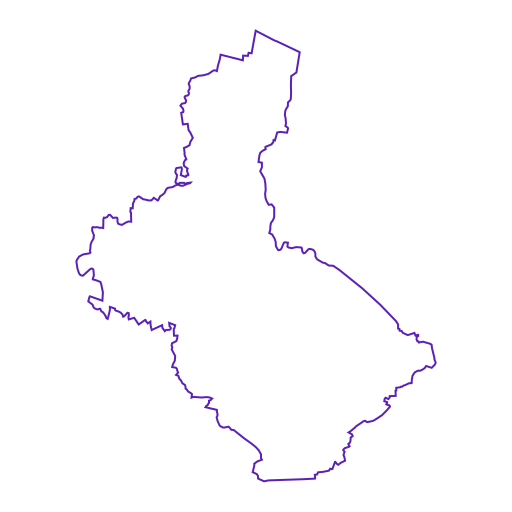 outline of Don Tum, Nakhon Pathom, Thailand
{"feature_id": "78962969B74953703233818", "entity_name": "Don Tum", "entity_type": "district", "adm_level": 2, "iso_a3": "THA", "parent_name": "Thailand", "parent_adm1": "Nakhon Pathom", "projection": "robinson", "projection_center": [100.086, 13.961], "detail": "fine", "context": "isolated", "style": "outline", "palette": "violet", "viewbox_px": 512, "rotation_deg": 0, "n_neighbors": 0, "source": "geoboundaries", "source_scale": "gbopen_adm2", "svg_char_len": 6044}
<svg xmlns="http://www.w3.org/2000/svg" viewBox="0 0 512 512"><path d="M191.1,78.4L190.2,80.8L188.8,83.2L188.8,84.4L189.5,85.7L189.7,87.1L189.6,88.9L188.4,90.7L188.4,91.8L189.0,92.9L188.7,94.5L187.9,95.4L185.4,96.0L184.6,97.0L184.7,97.8L186.1,100.4L185.9,101.9L185.0,103.1L181.9,103.7L180.4,105.7L183.0,108.7L183.5,110.7L183.2,112.1L181.2,112.8L182.9,124.4L187.7,123.8L188.6,130.2L190.3,132.5L192.8,137.8L190.3,142.0L189.5,145.2L186.5,147.0L184.0,147.9L184.6,153.0L184.5,154.6L186.3,159.4L185.0,160.2L183.9,162.4L183.7,163.4L184.1,166.0L187.6,168.6L187.1,169.7L187.0,170.9L188.4,175.0L188.1,175.4L186.3,175.5L185.9,176.8L185.6,176.9L180.8,175.1L181.9,169.3L181.6,167.6L181.3,167.3L176.4,168.1L175.9,169.1L175.3,172.2L176.2,174.1L177.0,174.8L176.6,178.4L176.0,179.6L175.4,182.1L175.7,182.8L176.9,183.5L178.1,183.7L179.3,183.7L179.9,182.8L184.2,182.9L185.0,183.8L187.3,183.0L190.6,182.6L190.1,183.2L187.5,183.8L182.9,185.8L180.3,185.6L178.5,184.8L176.9,184.9L175.1,185.6L172.6,187.1L167.9,187.8L166.3,189.2L164.5,193.0L162.5,194.8L160.1,196.3L158.1,200.3L157.7,200.5L153.8,197.8L151.4,200.4L148.0,200.4L147.3,200.0L143.0,199.2L139.3,196.5L138.4,196.5L137.5,196.9L136.3,198.5L134.5,199.0L134.4,200.6L133.0,203.5L132.7,208.3L130.7,208.1L130.3,211.8L131.0,212.7L131.2,221.7L128.4,221.5L126.4,222.3L121.8,224.9L118.7,224.0L118.1,223.6L117.5,221.7L117.5,219.1L117.1,217.8L116.1,217.6L112.9,217.9L110.2,214.9L109.1,214.8L108.5,215.1L107.3,216.9L106.7,217.2L105.0,217.9L104.0,217.6L103.5,218.6L103.4,219.6L103.2,228.0L101.6,227.7L99.6,227.8L97.2,227.1L95.5,227.4L92.8,227.1L92.2,227.8L92.1,230.4L94.0,235.5L93.5,237.1L93.7,238.3L91.7,241.6L90.6,244.6L90.3,249.1L89.9,250.4L90.4,252.5L89.7,253.3L84.1,254.2L82.3,254.8L79.1,256.6L76.7,260.2L76.4,261.8L77.5,268.8L78.9,273.0L80.0,274.7L81.2,275.4L82.9,275.7L90.1,269.2L91.4,268.6L92.3,268.6L92.8,268.9L93.4,269.9L93.9,275.4L92.7,279.1L93.2,279.6L95.1,279.9L100.4,281.9L101.2,284.1L102.9,292.3L102.4,300.7L89.9,296.3L89.3,297.4L88.3,301.4L92.5,304.6L93.7,307.5L94.7,308.4L96.9,309.3L98.4,309.3L99.2,308.8L100.2,308.8L101.4,311.5L102.7,312.0L104.2,313.8L105.9,316.6L106.3,318.0L106.9,318.5L107.7,318.9L109.0,313.9L109.9,309.9L109.9,306.9L115.0,308.6L115.1,310.0L116.0,310.7L119.3,311.8L120.9,312.9L122.4,314.4L123.2,316.7L124.4,316.1L127.4,312.8L128.7,313.1L128.9,315.4L128.4,317.0L128.8,319.4L134.2,317.8L138.7,324.5L145.2,319.9L145.5,320.0L146.5,322.1L147.3,322.6L147.7,323.4L150.4,321.6L150.6,325.3L151.7,330.0L162.1,325.2L162.4,327.8L164.8,331.2L166.0,330.0L169.5,329.8L170.3,329.3L170.8,328.5L170.7,327.6L169.5,326.1L169.2,322.9L175.2,325.2L174.3,328.4L173.7,329.0L174.0,335.7L177.5,335.6L177.2,338.5L176.3,341.1L172.0,343.3L171.6,345.6L172.3,347.4L171.7,349.4L175.2,356.0L174.8,360.7L172.8,364.6L172.2,367.1L175.9,367.7L176.9,368.8L177.4,371.1L178.1,372.5L176.1,374.9L178.4,375.8L179.3,378.7L181.0,380.5L182.4,383.3L185.0,385.0L185.4,386.2L185.6,388.7L186.7,389.4L188.1,391.5L190.7,393.0L192.0,394.1L191.5,397.6L193.3,396.9L201.5,397.5L206.4,397.1L209.4,397.4L212.1,398.5L210.6,400.1L209.0,400.7L209.1,402.8L208.4,403.4L207.8,405.0L206.4,405.8L205.5,407.2L216.9,409.9L216.9,411.8L217.4,413.5L217.5,415.5L216.6,417.3L217.7,421.3L219.5,425.2L220.2,426.1L223.0,427.5L224.6,427.5L228.3,426.7L229.2,427.2L231.3,429.8L233.7,430.0L244.1,438.3L251.8,443.8L256.0,447.3L258.9,450.5L261.0,454.4L261.0,458.2L261.9,459.7L257.2,461.5L254.2,463.8L254.4,465.2L252.7,472.2L256.7,474.0L258.0,476.0L258.1,478.6L264.1,481.3L268.5,480.4L303.6,479.2L315.0,478.6L315.2,478.0L314.8,474.8L317.0,474.5L318.1,472.3L322.8,471.9L328.4,470.8L329.1,470.5L330.1,468.7L331.8,469.2L332.4,469.0L335.0,461.9L335.4,461.9L336.8,463.8L338.3,464.8L340.6,462.9L345.1,460.7L344.3,456.9L343.5,455.1L344.6,451.7L343.4,450.5L343.2,449.8L344.7,448.2L349.1,446.7L349.6,446.2L348.5,444.6L348.4,443.7L349.3,443.3L349.9,442.6L350.5,440.8L350.7,437.5L352.7,436.1L352.0,434.4L348.6,432.4L349.9,431.7L354.7,427.8L356.1,426.3L363.9,421.0L365.2,420.8L366.6,421.9L367.4,422.1L372.6,421.0L374.8,419.9L382.0,415.2L387.1,410.0L390.0,406.6L389.4,405.3L387.4,404.9L386.3,404.3L387.2,402.7L387.1,402.1L384.3,401.2L384.7,398.7L385.7,397.7L388.3,399.1L389.7,397.5L389.7,396.1L395.7,395.9L395.5,390.7L396.3,390.5L396.2,387.8L400.1,387.3L400.7,386.7L401.9,386.8L403.5,385.6L405.2,385.1L408.5,383.5L410.0,383.1L411.0,383.3L411.7,383.0L411.8,379.9L412.5,375.9L414.0,373.4L415.3,372.0L418.2,370.6L420.0,370.8L422.3,369.7L424.7,368.1L426.1,366.0L431.7,367.8L434.7,364.8L435.5,363.3L435.6,362.2L434.4,359.4L434.5,358.3L432.0,348.2L431.6,344.8L430.5,343.9L423.0,341.7L418.9,342.5L418.5,341.4L417.4,341.3L416.5,339.2L416.8,337.0L418.2,336.0L418.2,334.9L417.9,334.7L415.5,335.6L414.4,332.9L407.8,335.1L402.7,332.8L401.7,331.0L399.6,330.7L399.4,328.9L398.1,328.6L398.1,324.5L396.0,321.1L380.4,304.9L362.2,288.3L339.8,270.3L333.3,265.8L328.7,265.5L325.1,263.1L322.7,262.6L317.1,259.3L315.4,256.6L315.4,253.8L314.8,251.9L313.9,250.5L312.9,249.7L310.0,248.9L308.5,249.2L305.0,252.9L303.7,253.3L302.4,251.7L301.8,248.1L301.3,247.5L296.2,247.1L291.6,248.2L288.6,247.5L287.7,247.0L287.4,246.4L287.9,242.7L285.1,242.3L283.9,242.7L281.2,249.0L279.8,250.0L278.5,250.2L278.0,249.9L275.9,246.2L275.7,242.1L274.7,238.8L272.1,234.4L269.3,233.1L270.3,229.5L270.3,226.8L270.9,223.0L272.9,220.3L274.2,217.2L274.2,207.6L271.6,204.4L268.7,204.8L266.6,201.0L265.5,198.0L265.1,194.0L265.7,189.7L265.3,183.1L264.4,178.5L260.2,171.3L261.9,167.4L261.9,162.7L258.5,162.0L259.4,155.5L260.3,152.7L262.9,150.6L265.7,149.2L265.3,147.4L265.5,146.8L271.6,144.4L271.8,143.7L273.1,142.6L273.6,140.0L274.9,140.5L277.2,132.5L280.2,131.9L287.0,132.7L288.1,128.4L287.7,127.6L285.4,126.0L286.0,123.6L285.6,118.3L284.9,115.3L285.1,112.1L285.7,109.7L287.8,106.3L288.0,102.4L290.1,100.4L290.8,99.0L291.1,93.1L290.9,85.6L291.2,76.1L296.4,72.5L299.7,52.2L277.0,41.4L274.1,40.3L255.7,30.7L251.6,53.3L248.6,52.8L247.9,55.9L243.1,55.6L242.9,60.3L220.6,54.7L219.9,58.8L217.9,65.9L216.9,71.1L215.0,70.3L213.4,70.5L208.4,73.9L203.3,75.3L197.9,75.9L195.3,77.4L191.1,78.4Z" fill="none" stroke="#5b21b6" stroke-width="2"/></svg>